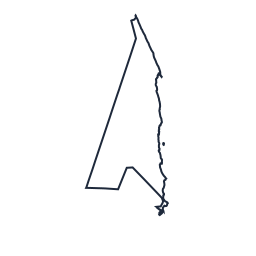 outline of Sveitarfélagið Garður, Suðurnes, Iceland, rotated 57°
{"feature_id": "244011B4203273652382", "entity_name": "Sveitarfélagið Garður", "entity_type": "district", "adm_level": 2, "iso_a3": "ISL", "parent_name": "Iceland", "parent_adm1": "Suðurnes", "projection": "equal_earth", "projection_center": [-22.614, 64.036], "detail": "fine", "context": "isolated", "style": "outline", "palette": "slate", "viewbox_px": 256, "rotation_deg": 57, "n_neighbors": 0, "source": "geoboundaries", "source_scale": "gbopen_adm2", "svg_char_len": 5413}
<svg xmlns="http://www.w3.org/2000/svg" viewBox="0 0 256 256"><g transform="rotate(57 128 128)"><path d="M209.6,147.1L210.5,146.8L210.8,147.0L214.2,145.8L213.9,145.6L214.1,145.5L214.4,145.5L214.6,145.3L215.1,145.2L215.5,145.2L215.8,145.0L216.1,145.2L217.0,146.1L217.1,147.1L216.3,147.2L215.9,147.0L216.0,147.6L216.3,147.6L216.3,147.3L217.2,147.3L217.4,148.5L217.2,148.6L217.2,148.9L217.8,149.0L218.3,148.8L218.0,146.0L216.9,144.8L216.1,144.4L215.8,144.1L216.2,143.9L217.4,143.7L217.0,143.5L216.6,143.5L215.5,143.3L215.0,142.9L213.8,142.2L213.5,141.3L213.0,139.8L213.3,139.6L213.6,139.5L213.9,139.1L214.3,138.2L214.2,137.9L214.0,137.6L213.8,137.1L213.2,136.6L212.7,136.2L212.7,135.6L212.1,135.5L211.2,135.8L209.8,136.7L209.4,136.8L208.8,136.9L206.8,136.9L206.5,136.9L205.8,136.6L205.0,136.0L204.8,135.8L203.9,135.1L203.7,135.1L203.5,134.8L203.4,134.5L203.5,134.1L203.0,133.8L202.6,133.6L201.6,133.8L201.2,133.7L199.6,133.1L198.3,132.1L198.0,131.7L197.7,130.8L197.3,130.3L196.6,129.5L196.4,129.3L195.7,128.5L195.0,128.1L194.0,127.6L192.3,126.9L191.7,126.1L191.7,125.7L191.8,125.5L191.8,124.7L191.5,124.4L191.3,124.2L191.2,123.5L190.6,123.6L190.1,123.7L189.4,123.6L188.0,123.9L186.1,124.0L184.0,123.9L182.3,123.6L181.4,123.2L179.8,122.8L178.6,122.6L177.1,121.8L176.2,121.4L176.0,121.2L176.0,120.9L175.4,120.0L176.3,119.3L176.4,119.1L176.2,118.9L175.6,118.4L174.7,117.9L173.7,117.2L173.4,116.9L172.8,116.7L172.3,116.7L172.0,116.9L171.6,116.9L171.2,116.9L170.7,116.7L170.1,116.4L169.9,116.3L169.7,116.1L169.4,116.0L168.8,115.7L168.4,115.5L168.0,115.4L167.6,115.3L167.3,115.2L167.1,115.1L166.9,115.0L166.7,114.9L166.3,114.8L165.1,114.9L164.3,114.8L164.0,114.7L163.6,114.5L163.4,114.2L163.2,113.7L163.4,113.7L163.5,113.5L163.4,113.4L163.0,113.3L162.7,113.0L162.5,112.8L162.3,112.8L161.7,112.7L161.3,112.7L160.8,112.4L160.1,112.0L159.2,111.4L158.7,110.9L158.6,110.6L158.2,110.3L157.8,110.1L157.2,110.0L156.8,109.9L156.4,109.9L156.0,109.7L155.6,109.5L155.4,109.3L154.9,109.0L154.3,108.8L153.7,108.4L152.8,107.7L152.4,107.5L151.8,107.3L151.1,107.0L150.7,106.6L149.9,106.3L149.7,106.1L149.8,105.8L150.2,105.5L150.0,105.3L149.6,105.0L148.9,104.6L148.8,104.4L148.4,104.3L148.0,104.2L148.0,103.9L147.9,103.7L147.5,103.6L147.1,103.5L146.6,103.4L146.4,103.2L146.3,102.8L146.2,102.7L145.9,102.3L145.3,102.2L145.0,102.1L144.6,101.8L144.3,101.6L144.2,101.1L144.1,100.9L143.9,100.7L143.7,100.6L143.3,100.3L143.3,100.2L143.1,99.8L143.4,99.2L143.2,99.0L143.0,98.7L142.6,98.3L142.4,97.9L142.0,97.5L142.0,97.3L142.0,97.1L141.9,96.8L141.6,96.4L141.4,96.3L140.2,95.8L139.5,95.6L139.1,95.3L138.7,95.1L138.0,94.9L137.2,94.8L136.4,94.7L135.7,94.5L135.1,94.2L134.3,93.9L133.5,93.5L132.7,93.2L132.2,92.9L131.5,92.7L130.6,92.3L129.9,91.7L129.7,91.2L129.2,91.0L128.8,90.7L128.0,89.9L127.6,89.5L127.1,89.1L126.3,88.7L125.8,88.4L125.1,88.0L124.2,87.7L123.5,87.3L122.7,87.1L121.7,86.8L121.2,86.6L120.8,86.3L120.3,86.1L119.3,85.8L118.4,85.6L117.0,85.1L116.0,84.9L114.8,84.6L114.1,84.5L113.3,84.3L112.5,84.0L112.2,83.8L112.2,83.3L112.2,83.2L111.9,82.9L111.7,82.7L111.4,82.5L110.8,82.2L110.2,81.9L109.8,81.8L109.6,81.7L109.4,81.5L109.1,81.5L108.4,81.5L107.8,81.4L107.3,81.4L107.1,81.3L106.7,81.1L106.3,80.8L106.0,80.5L105.7,80.2L105.6,79.8L105.5,79.6L105.1,79.4L104.5,79.1L103.5,78.5L103.1,78.4L102.5,78.1L102.2,77.8L102.2,77.6L102.2,77.4L102.1,77.0L102.1,76.9L102.0,76.7L101.8,76.6L101.7,76.5L101.6,76.3L101.7,76.1L101.6,75.6L101.4,75.4L101.3,75.2L101.0,75.1L100.9,75.0L100.7,74.9L100.3,74.7L100.1,74.6L100.0,74.4L99.9,74.2L99.7,73.8L99.8,73.7L100.0,73.5L100.1,73.4L100.0,73.2L99.8,73.0L99.6,72.9L99.3,72.8L99.1,72.6L98.9,72.5L98.9,72.3L98.9,72.2L99.1,72.0L99.5,71.9L101.5,72.2L103.5,72.0L103.4,71.8L101.7,72.0L100.7,71.7L99.7,71.2L99.3,70.9L99.0,70.7L98.6,70.5L98.0,70.3L97.3,70.1L96.5,69.9L95.5,69.6L94.8,69.5L94.1,69.3L93.6,69.2L93.3,69.1L93.0,69.1L92.5,69.0L91.5,69.1L90.9,69.0L90.3,68.9L88.7,68.7L87.2,68.3L86.4,68.2L86.0,68.1L85.7,68.1L85.2,68.0L84.4,67.9L83.8,67.8L83.5,67.8L82.8,67.6L82.1,67.4L81.3,67.1L80.8,66.8L80.4,66.7L80.0,66.5L79.7,66.3L79.4,66.1L79.1,66.0L78.6,65.9L78.3,65.9L77.7,65.9L77.1,65.9L76.4,65.9L75.7,65.9L74.8,65.9L74.0,65.7L73.2,65.6L72.4,65.5L71.5,65.4L71.0,65.3L70.3,65.2L69.7,65.0L69.0,64.9L68.6,64.7L68.2,64.6L67.8,64.6L67.2,64.6L66.8,64.6L66.1,64.6L65.5,64.5L64.8,64.4L64.1,64.3L63.4,64.2L62.6,64.1L61.9,64.0L61.2,63.7L60.6,63.6L59.8,63.4L58.9,63.3L58.4,63.3L57.6,63.3L56.9,63.2L56.4,63.2L55.4,63.1L54.7,63.0L53.7,62.8L53.0,62.7L52.5,62.8L52.0,62.8L51.4,62.7L51.1,62.6L49.6,62.3L48.4,62.1L47.4,61.9L46.6,61.8L45.8,61.7L45.0,61.6L44.5,61.4L44.1,61.3L43.8,61.2L43.5,61.1L43.0,61.0L42.4,60.9L41.8,60.8L40.9,60.7L40.3,60.7L39.5,60.7L39.2,60.7L38.9,60.6L38.6,60.4L38.4,60.4L38.1,60.3L37.8,60.3L37.7,60.3L37.8,60.5L38.4,60.7L38.6,60.8L39.2,60.9L39.6,61.1L39.9,61.5L40.2,62.9L40.4,63.3L40.5,63.9L40.4,64.3L40.1,65.2L39.9,65.6L39.7,66.7L39.7,66.8L48.9,69.8L57.3,72.6L68.9,87.0L89.7,113.1L90.4,113.9L94.2,118.8L104.9,132.2L109.5,137.9L137.9,173.6L142.9,179.8L150.2,189.1L155.1,195.2L155.4,195.7L158.2,191.6L161.4,187.0L164.3,182.8L165.5,181.1L166.2,180.1L174.0,169.7L160.7,150.7L162.3,147.9L163.6,145.6L176.3,143.1L179.3,142.5L200.0,138.6L205.0,137.7L208.4,138.4L209.4,139.4L210.0,140.3L210.6,141.6L211.5,143.1L211.3,143.9L210.6,145.1L209.6,147.1ZM161.6,107.3L161.6,107.1L161.4,107.0L160.5,106.2L160.1,106.3L159.9,106.5L160.0,106.8L160.6,107.2L161.0,107.4L161.6,107.3Z" fill="none" stroke="#1e293b" stroke-width="2"/></g></svg>